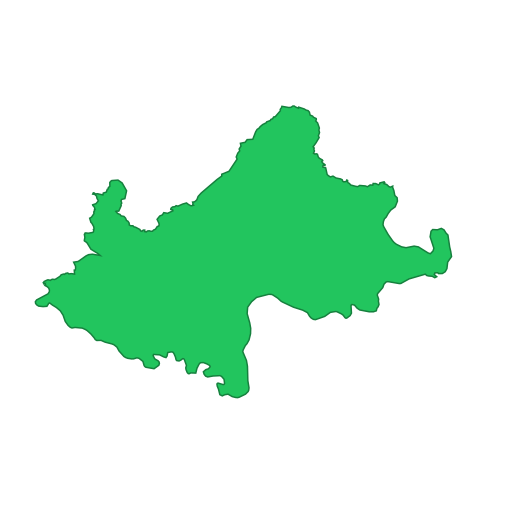 outline of Khoelenya, Mohale's Hoek, Lesotho, rotated 299°
{"feature_id": "5366337B9644670448784", "entity_name": "Khoelenya", "entity_type": "district", "adm_level": 2, "iso_a3": "LSO", "parent_name": "Lesotho", "parent_adm1": "Mohale's Hoek", "projection": "equal_earth", "projection_center": [27.429, -30.302], "detail": "fine", "context": "isolated", "style": "filled", "palette": "green", "viewbox_px": 512, "rotation_deg": 299, "n_neighbors": 0, "source": "geoboundaries", "source_scale": "gbopen_adm2", "svg_char_len": 6087}
<svg xmlns="http://www.w3.org/2000/svg" viewBox="0 0 512 512"><g transform="rotate(299 256 256)"><path d="M354.4,424.1L357.7,421.1L367.4,413.7L368.2,411.0L370.0,407.8L370.0,404.7L366.9,402.0L364.8,397.7L362.5,397.1L357.2,399.0L349.0,407.8L346.2,408.4L342.5,407.4L342.1,404.9L342.7,393.6L341.3,389.5L336.0,383.2L334.6,378.9L334.3,373.1L334.7,370.4L335.5,368.1L338.9,361.1L343.6,353.4L345.0,351.9L347.7,350.8L350.6,350.3L353.1,351.0L357.3,351.0L361.5,351.6L366.5,353.9L372.6,353.1L375.4,351.2L376.2,348.1L380.1,344.8L382.3,342.2L383.4,341.7L381.4,340.2L381.1,338.7L381.9,335.7L381.3,332.8L382.5,333.1L383.0,332.1L380.0,328.9L378.8,329.2L377.6,328.6L377.4,325.6L376.2,323.3L374.6,323.8L373.5,321.4L370.6,319.9L370.3,317.7L368.0,312.5L366.0,311.4L365.3,309.5L364.0,304.4L364.7,302.6L364.7,301.0L365.2,300.2L366.5,299.5L366.5,298.6L364.8,298.7L363.4,296.8L363.4,295.7L364.5,294.4L364.4,292.5L363.0,288.1L363.2,284.6L361.2,282.7L361.4,280.1L361.8,278.7L366.9,274.2L366.2,271.4L367.3,270.8L368.2,270.8L368.6,272.4L369.3,272.2L369.8,268.7L370.6,267.7L371.7,268.2L372.2,267.4L372.2,264.0L372.8,262.4L374.7,260.5L374.8,259.6L373.7,257.9L373.7,256.5L376.2,256.2L377.6,254.6L378.6,254.6L379.2,253.0L384.0,253.6L390.2,253.8L391.3,252.3L394.8,251.7L396.7,249.9L398.6,249.4L402.3,245.3L403.0,242.7L404.4,242.7L405.4,242.0L405.2,239.0L405.8,237.7L405.5,235.0L407.7,233.0L408.4,231.1L407.9,229.0L408.0,226.9L406.9,221.2L405.9,221.5L405.5,218.4L405.7,216.7L405.0,215.5L403.1,214.6L401.8,212.8L399.5,206.1L397.7,206.4L396.0,206.1L394.8,206.9L387.2,205.3L386.1,204.0L384.1,204.0L382.7,202.8L381.4,202.8L378.5,200.3L377.4,200.3L374.2,198.1L371.1,196.9L369.4,196.7L367.2,195.6L364.4,195.5L356.5,196.6L353.5,191.8L350.2,191.4L347.0,187.7L344.8,189.6L341.4,189.4L340.0,190.8L337.2,190.2L333.0,190.7L331.6,192.5L317.0,191.3L310.9,186.4L309.3,187.3L304.2,184.9L284.4,177.5L280.0,176.5L276.7,177.0L275.0,176.6L273.5,175.9L272.4,174.4L271.5,175.4L270.6,175.6L270.1,176.8L268.4,174.9L268.3,172.1L268.7,169.5L265.8,166.6L261.8,163.6L261.3,161.7L259.9,161.2L258.4,159.2L256.5,158.5L255.4,158.9L256.0,160.7L255.2,161.4L250.5,158.0L249.2,154.3L246.6,154.2L244.3,152.4L240.1,151.7L237.7,155.1L236.5,156.1L235.0,156.4L233.9,155.3L230.7,155.1L229.0,153.8L227.4,153.4L226.6,151.9L226.3,150.4L225.2,148.9L223.9,148.4L223.3,146.7L224.7,146.2L224.3,145.2L223.1,144.3L222.3,144.3L222.0,142.8L222.9,141.6L222.8,136.7L222.3,135.0L222.8,133.7L221.7,131.8L221.7,130.1L223.3,129.1L224.3,127.2L224.3,125.5L225.9,123.5L226.6,121.3L225.7,118.6L226.4,116.9L226.1,114.4L227.1,111.8L227.8,112.5L228.7,114.2L234.7,113.7L235.8,112.8L236.9,113.0L237.9,112.3L238.5,111.3L240.3,111.0L242.6,113.5L250.3,111.2L255.0,103.5L255.5,98.5L252.1,93.3L250.9,92.7L249.4,92.5L246.1,94.4L244.3,93.7L243.2,94.2L242.2,93.6L239.3,94.1L237.0,91.9L235.2,92.5L233.6,87.1L232.4,85.5L232.7,83.9L232.4,83.1L231.0,83.2L231.7,84.9L231.1,87.4L229.3,89.0L227.8,91.4L224.2,90.7L221.6,88.3L221.0,88.9L220.8,90.0L220.1,91.2L219.4,92.0L218.6,92.2L218.5,92.7L217.7,92.4L216.7,93.0L215.9,92.7L214.6,93.7L210.2,93.3L208.4,92.2L205.4,95.3L205.1,96.5L203.1,99.7L201.1,101.3L200.4,100.9L199.5,101.8L198.0,102.1L197.4,101.7L194.7,98.4L193.6,95.8L193.0,95.3L192.2,95.7L191.7,95.4L189.3,97.3L186.3,98.3L186.0,98.6L185.8,100.9L185.4,102.2L181.9,108.3L181.5,116.6L180.9,119.5L178.3,112.1L176.0,108.9L173.7,107.3L165.0,103.1L162.2,99.5L159.6,103.1L157.6,104.3L156.0,104.7L155.5,103.9L152.2,106.1L151.1,103.1L149.6,101.0L149.9,99.6L148.7,98.1L148.4,98.2L147.9,97.6L147.0,97.3L146.9,96.4L145.1,94.7L143.2,94.4L138.7,92.0L137.7,91.1L137.1,89.4L136.1,88.4L135.0,88.0L134.6,86.2L134.0,85.2L131.1,83.1L129.5,82.9L129.5,83.4L129.1,83.7L129.7,84.7L128.9,84.5L129.2,85.4L128.6,86.1L127.9,85.8L127.9,88.5L127.4,90.3L126.0,91.9L124.4,92.6L122.0,92.4L111.2,85.4L109.0,85.2L107.6,86.3L106.9,88.1L106.8,90.2L108.5,94.3L110.6,97.5L114.2,97.7L114.9,98.3L114.4,101.8L114.2,106.3L113.2,111.4L110.7,116.0L106.3,120.9L104.2,125.3L103.6,128.1L103.8,129.9L105.8,132.4L108.7,139.0L109.0,142.5L108.9,144.5L107.8,149.3L106.0,154.1L105.0,155.9L104.9,157.6L107.1,161.4L107.5,165.8L109.3,172.8L109.5,174.9L108.9,178.5L106.5,182.3L104.1,189.2L104.0,191.1L104.3,193.3L105.7,197.1L106.7,198.8L109.2,201.2L109.8,203.3L109.0,208.2L105.9,211.3L105.4,212.4L105.3,213.6L108.0,221.5L113.3,224.0L115.2,223.6L116.4,222.5L116.9,221.0L116.9,217.8L117.2,216.9L119.0,214.3L120.2,214.1L122.8,219.6L123.0,224.1L123.5,226.5L125.4,226.7L128.8,225.6L131.0,228.3L131.6,229.8L131.0,231.4L128.6,234.5L126.5,236.4L126.1,237.4L126.9,239.6L128.4,240.7L130.7,241.7L131.0,242.4L130.8,243.4L126.6,248.2L124.1,248.8L122.6,250.0L120.7,252.4L120.3,253.8L120.6,254.6L122.1,255.6L124.4,260.1L129.1,258.8L133.7,258.6L135.7,259.1L137.3,261.7L137.8,265.3L137.8,268.5L136.9,269.6L134.3,269.1L132.3,267.2L129.2,266.1L127.4,268.0L126.5,270.2L126.8,272.4L130.2,276.6L133.9,282.5L134.0,284.2L132.7,287.8L129.3,290.3L128.2,290.3L127.6,289.6L126.5,284.6L126.0,284.0L125.1,283.9L123.4,285.2L121.3,287.8L117.2,291.6L117.3,294.3L119.5,295.9L121.6,298.5L121.5,303.4L122.4,306.8L123.2,308.6L124.4,309.8L130.1,313.8L133.6,314.8L135.0,314.7L137.3,313.8L143.0,309.3L155.4,302.0L160.0,298.3L165.9,290.8L167.7,290.3L172.5,290.1L174.8,290.6L179.2,290.6L185.4,288.9L190.2,286.4L194.5,282.9L201.3,276.2L207.2,273.5L213.9,274.3L220.1,276.6L228.6,285.6L229.9,288.1L230.1,289.6L229.7,295.4L228.6,299.9L228.6,301.7L229.4,313.6L231.3,323.1L231.4,328.5L229.3,332.0L228.5,334.3L228.4,336.8L229.1,338.8L236.5,345.4L242.8,348.4L246.0,352.5L246.5,353.7L246.8,358.9L246.5,360.9L245.2,363.8L245.2,364.9L245.9,365.6L249.5,367.2L252.3,367.2L258.4,363.3L259.2,363.1L260.1,363.4L260.8,366.0L259.4,369.7L259.1,372.9L262.1,382.1L264.2,385.8L266.4,387.8L268.8,387.1L270.7,387.4L273.2,387.1L275.9,384.9L277.7,384.2L280.6,381.0L282.0,380.6L289.8,382.2L293.4,381.6L296.3,382.4L297.1,383.1L297.9,384.7L301.4,394.8L302.2,396.0L310.2,401.0L322.2,412.9L321.7,414.7L322.2,416.6L323.7,420.0L323.7,422.9L325.5,424.1L326.2,420.9L328.0,420.7L329.5,423.1L329.1,424.1L331.0,427.5L334.0,429.1L337.5,429.1L343.6,426.6L350.3,427.3L354.4,424.1Z" fill="#22c55e" stroke="#15803d" stroke-width="1.5"/></g></svg>